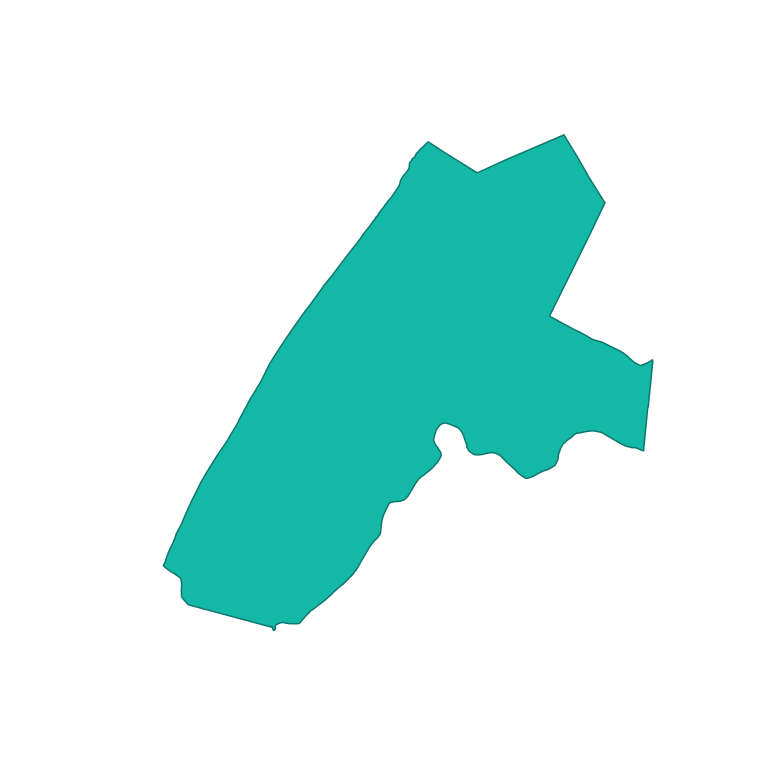 Zavala, Inhambane, Mozambique (Equal Earth projection), rotated 150°
{"feature_id": "85939544B42929876675904", "entity_name": "Zavala", "entity_type": "district", "adm_level": 2, "iso_a3": "MOZ", "parent_name": "Mozambique", "parent_adm1": "Inhambane", "projection": "equal_earth", "projection_center": [34.683, -24.662], "detail": "fine", "context": "isolated", "style": "filled", "palette": "teal", "viewbox_px": 768, "rotation_deg": 150, "n_neighbors": 0, "source": "geoboundaries", "source_scale": "gbopen_adm2", "svg_char_len": 6123}
<svg xmlns="http://www.w3.org/2000/svg" viewBox="0 0 768 768"><g transform="rotate(150 384 384)"><path d="M192.6,196.4L167.3,231.8L166.6,232.1L139.8,269.3L139.6,270.8L140.7,270.7L141.3,270.5L142.5,270.6L145.9,270.5L147.6,271.0L148.7,270.9L149.4,271.2L152.2,271.6L152.9,272.0L154.1,273.9L154.5,274.2L155.2,275.4L155.4,276.0L155.8,276.3L156.5,277.7L157.8,281.4L159.5,287.2L160.2,288.5L160.9,290.5L162.7,293.9L163.3,294.6L163.5,295.3L164.2,295.8L164.4,296.7L164.9,297.1L165.2,297.8L166.0,298.8L168.6,302.7L169.1,303.1L169.3,303.9L169.8,304.4L173.9,310.8L176.1,313.2L177.3,314.3L180.7,317.9L181.9,319.7L183.1,321.9L183.6,322.6L184.4,324.3L185.3,325.5L185.5,326.2L186.0,326.8L187.9,329.9L188.1,330.6L188.6,331.1L192.6,336.8L193.7,338.6L194.0,339.4L194.8,340.4L195.7,342.1L196.3,342.9L198.2,346.2L199.1,347.3L199.3,347.9L199.9,349.0L200.4,349.3L200.8,350.4L201.3,350.7L201.5,351.4L204.4,356.2L204.6,356.8L205.5,357.9L206.8,360.0L130.5,410.9L102.1,430.4L103.1,459.3L103.0,484.9L103.6,509.8L165.3,517.1L197.7,520.2L216.0,554.5L224.6,571.6L227.8,571.0L229.0,570.5L229.6,570.5L230.2,570.2L236.3,568.9L238.3,567.9L240.5,567.5L242.6,566.2L244.2,565.1L246.8,565.0L249.2,563.3L250.5,563.1L251.5,562.6L253.7,559.2L254.7,558.2L257.1,556.9L259.2,556.0L261.6,555.3L263.6,554.4L267.8,552.1L269.0,550.7L271.7,548.3L279.5,544.2L285.1,541.7L289.0,540.5L290.6,539.6L292.3,539.1L296.8,536.9L299.8,536.0L300.8,535.2L303.0,534.7L303.4,534.2L305.0,533.1L308.0,532.3L310.3,530.8L312.9,530.1L313.1,529.8L318.8,527.3L326.6,524.3L331.9,521.7L339.3,518.6L349.6,514.6L374.8,503.9L385.7,499.8L409.1,489.2L415.5,486.7L434.4,478.1L454.3,468.4L473.2,458.6L489.6,447.5L495.9,444.2L498.5,442.7L506.9,438.2L527.5,425.4L529.4,423.8L549.3,412.7L564.6,405.3L578.8,397.8L592.1,390.3L592.1,390.2L609.8,378.4L621.0,370.4L629.7,363.8L639.3,357.8L639.2,357.6L643.8,353.7L647.3,351.2L651.9,348.2L657.6,343.8L662.2,339.6L665.4,337.4L665.9,336.8L664.3,332.2L663.9,331.6L663.7,330.8L663.3,330.3L663.2,329.7L661.6,326.8L660.0,323.8L659.9,323.2L659.4,322.7L658.2,319.5L657.7,318.8L657.3,317.5L657.5,316.2L658.8,312.9L659.8,311.0L660.2,310.5L662.1,307.3L662.7,306.9L662.9,306.1L665.5,301.4L665.6,300.0L665.3,297.6L665.0,296.3L664.8,295.0L664.5,294.2L664.3,292.2L663.9,290.9L663.4,290.6L663.1,289.9L603.5,230.2L603.2,230.5L602.6,230.3L602.4,229.8L602.4,229.1L602.5,228.3L603.0,226.6L602.7,225.7L601.8,225.6L600.8,226.1L599.9,227.0L599.5,228.5L598.5,229.5L593.1,229.0L590.5,227.9L590.2,227.3L589.8,227.1L588.9,226.4L587.8,225.3L587.3,225.1L586.0,223.8L585.0,223.4L583.4,222.3L582.3,221.8L581.8,221.3L579.5,220.2L578.2,219.3L576.5,219.1L574.1,220.0L573.6,220.1L572.7,220.6L571.1,221.0L568.1,222.2L567.5,222.2L565.8,222.8L564.3,223.0L563.9,223.3L563.2,223.3L562.2,223.8L561.2,224.0L560.1,224.5L559.0,224.4L558.4,224.2L555.9,224.7L553.6,224.9L553.1,225.1L547.9,225.6L540.9,226.7L538.7,227.3L537.8,227.3L537.4,227.6L535.8,227.7L535.3,228.0L533.7,228.3L530.9,229.2L529.1,229.4L528.6,229.7L528.0,229.7L526.5,230.2L525.3,230.2L524.8,230.5L521.8,230.8L521.4,231.0L520.0,231.0L517.1,231.8L516.2,231.8L515.2,232.3L512.5,232.8L509.1,234.0L508.4,234.0L506.7,234.8L506.1,234.8L502.4,236.5L501.9,236.5L498.4,238.3L497.7,238.8L495.5,239.9L494.9,240.4L492.1,242.1L491.5,242.4L489.7,243.5L487.7,244.5L487.2,245.0L484.6,246.2L483.2,247.2L480.3,248.7L478.4,249.9L475.2,251.3L473.6,251.8L471.2,253.0L470.6,253.0L469.1,253.5L468.5,253.5L466.9,254.1L466.4,254.1L464.3,255.1L462.9,255.6L462.3,256.1L460.7,257.9L458.6,260.8L458.1,261.4L457.8,262.1L457.2,262.5L457.0,263.1L456.5,263.5L456.3,264.1L455.9,264.4L455.4,265.1L455.0,265.4L454.8,266.0L453.7,267.0L451.8,269.1L450.4,270.1L450.2,270.5L449.3,271.1L448.8,271.6L446.8,272.9L446.4,273.4L445.3,273.9L444.8,274.5L443.4,275.2L439.9,277.7L438.7,278.1L436.1,277.7L432.2,276.3L431.7,275.8L430.8,275.3L428.1,274.2L427.4,274.2L425.5,273.7L422.7,273.9L422.3,274.1L421.7,274.1L420.0,274.8L419.6,274.8L417.9,275.6L417.3,276.1L415.9,276.7L414.9,277.5L412.7,278.5L411.3,279.5L409.3,280.5L408.6,281.0L404.3,283.1L400.9,284.5L397.9,285.1L394.4,285.3L392.6,285.7L391.4,285.8L389.2,286.2L386.6,286.5L386.0,286.8L385.4,286.8L384.9,287.0L384.3,287.1L382.9,287.5L381.1,288.2L380.6,288.3L379.3,288.7L378.6,288.7L377.8,289.2L377.3,289.2L375.3,290.2L372.9,291.6L372.5,292.1L371.3,292.4L369.9,294.1L369.3,295.7L369.1,296.4L369.3,302.1L369.4,303.5L369.6,304.2L369.7,306.6L369.2,310.4L368.5,311.6L368.0,311.9L367.8,312.4L367.2,312.8L365.6,314.7L363.7,316.0L363.5,316.6L362.5,317.2L361.4,318.2L359.8,319.0L356.0,320.6L352.3,320.4L350.6,319.8L349.3,318.6L349.0,318.1L347.4,316.6L344.2,312.4L343.8,312.1L343.6,311.4L343.0,311.1L342.7,310.3L342.3,310.0L341.6,308.7L341.2,307.3L340.7,304.0L340.6,301.9L340.9,300.2L340.9,299.6L341.6,296.9L341.6,296.2L342.0,294.8L342.0,294.1L342.3,292.3L342.7,291.0L342.7,290.4L343.7,288.3L343.8,287.6L343.9,283.9L343.3,282.1L342.4,280.0L340.7,277.4L340.1,276.9L339.2,276.5L338.8,276.0L337.7,275.4L334.1,273.8L333.6,273.8L332.6,273.4L332.1,273.4L330.0,272.5L329.5,272.5L326.5,271.4L325.9,271.0L324.7,270.5L324.2,270.0L323.6,269.8L322.6,268.9L320.6,266.4L319.4,264.5L318.8,262.7L318.3,260.9L318.3,260.3L317.5,257.9L317.3,256.7L313.5,244.5L313.1,243.1L313.1,242.5L312.1,238.9L311.5,237.6L311.1,237.0L310.7,235.7L309.4,233.4L308.9,232.2L308.5,231.9L308.1,231.3L306.2,230.4L301.4,229.5L295.3,229.4L289.7,229.1L286.0,228.2L285.0,228.3L284.6,228.0L280.1,227.9L276.7,228.1L276.2,228.2L274.1,229.7L271.9,231.0L270.5,232.4L268.6,235.2L267.0,236.7L262.6,240.4L259.4,242.2L258.2,242.7L256.5,242.9L254.0,243.6L247.7,244.2L244.4,245.1L242.6,245.1L242.1,244.9L241.6,244.9L236.2,242.8L235.6,242.8L232.2,241.5L231.7,241.5L229.2,240.2L227.0,239.4L226.6,238.9L225.6,238.4L224.6,237.4L223.7,236.8L222.8,235.8L221.7,235.0L220.4,233.8L218.4,231.1L217.9,229.9L217.5,229.5L216.9,228.2L215.0,224.8L214.5,224.1L213.5,222.1L211.1,218.2L210.9,217.4L210.4,217.0L210.2,216.2L209.7,215.9L209.3,214.7L208.4,213.7L208.2,213.1L207.4,211.8L206.6,210.9L206.4,210.4L204.3,207.9L202.6,206.5L201.4,205.2L200.3,204.4L198.8,203.7L198.4,203.1L197.4,202.4L194.8,199.0L194.5,198.3L194.0,198.1L193.6,197.3L193.0,196.9L192.6,196.4Z" fill="#14b8a6" stroke="#0f766e" stroke-width="1.5"/></g></svg>